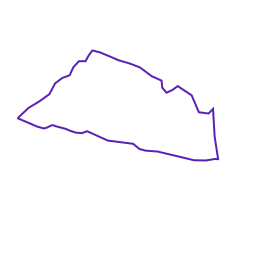 an SVG outline of Xaçmaz, rotated 139°
{"feature_id": "AZE-1730", "entity_name": "Xaçmaz", "entity_type": "District", "adm_level": 1, "iso_a3": "AZE", "parent_name": "Azerbaijan", "parent_adm1": "", "projection": "albers", "projection_center": [48.76, 41.597], "detail": "fine", "context": "isolated", "style": "outline", "palette": "violet", "viewbox_px": 256, "rotation_deg": 139, "n_neighbors": 0, "source": "natural_earth", "source_scale": "10m", "svg_char_len": 746}
<svg xmlns="http://www.w3.org/2000/svg" viewBox="0 0 256 256"><g transform="rotate(139 128 128)"><path d="M51.3,86.6L68.3,64.6L80.4,45.4L82.9,47.7L90.5,52.4L99.3,60.3L121.1,90.8L129.6,99.4L133.1,104.6L134.5,112.7L151.5,131.8L161.0,152.4L166.1,154.3L170.3,158.6L173.5,163.8L175.5,168.1L181.3,176.6L182.3,178.6L183.6,180.0L189.8,181.8L191.9,183.0L195.6,188.6L204.7,207.4L204.7,207.5L203.2,207.9L189.9,208.4L176.8,206.2L165.1,205.1L153.8,209.5L145.1,208.9L137.3,206.1L129.4,209.7L121.2,210.6L116.3,206.3L110.4,208.4L104.1,209.9L99.8,203.9L95.2,194.8L90.8,185.5L84.4,175.6L79.2,165.7L76.2,151.8L71.6,141.8L75.7,135.9L75.8,129.4L69.7,127.6L63.0,127.0L58.5,110.9L64.2,93.4L57.7,86.1L51.3,86.6Z" fill="none" stroke="#5b21b6" stroke-width="2"/></g></svg>